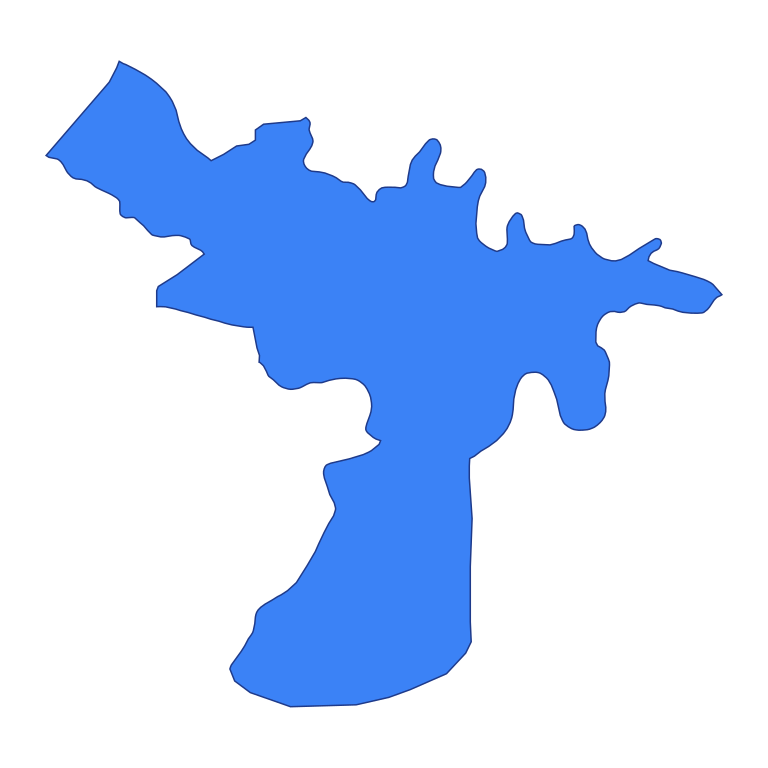 Fond Assau/Babonneau, Dauphin, Saint Lucia
{"feature_id": "8701671B78261941759356", "entity_name": "Fond Assau/Babonneau", "entity_type": "district", "adm_level": 2, "iso_a3": "LCA", "parent_name": "Saint Lucia", "parent_adm1": "Dauphin", "projection": "albers", "projection_center": [-60.936, 13.995], "detail": "fine", "context": "isolated", "style": "filled", "palette": "blue", "viewbox_px": 768, "rotation_deg": 0, "n_neighbors": 0, "source": "geoboundaries", "source_scale": "gbopen_adm2", "svg_char_len": 6104}
<svg xmlns="http://www.w3.org/2000/svg" viewBox="0 0 768 768"><path d="M305.9,117.5L300.3,120.8L263.6,124.2L255.4,130.0L255.4,140.1L248.9,144.3L236.6,146.0L223.6,154.4L211.1,160.7L208.0,158.0L197.2,150.3L190.4,143.7L186.5,138.7L183.7,133.9L181.3,128.8L178.8,121.5L176.1,110.2L172.3,101.4L169.5,96.8L166.0,92.0L156.5,83.2L151.4,79.2L145.4,75.1L135.4,69.4L125.9,64.6L123.2,63.6L119.2,61.3L116.7,67.8L109.3,82.1L46.1,155.5L48.9,157.3L56.9,158.9L58.1,159.4L59.2,160.2L60.8,161.6L63.1,164.6L66.4,170.8L67.6,172.7L71.0,176.3L73.0,177.8L76.0,178.9L81.8,179.4L87.0,180.8L90.9,183.0L95.0,186.6L96.8,187.7L101.7,190.1L108.8,193.3L111.9,194.9L116.6,197.8L118.4,199.5L119.7,201.4L119.9,204.2L119.8,210.9L120.2,213.9L120.7,214.8L122.5,216.4L125.2,217.7L126.3,217.8L132.0,217.4L134.0,217.5L134.7,217.8L140.1,222.7L143.6,225.7L147.7,230.5L151.6,234.5L152.6,235.1L154.5,235.6L160.7,236.9L164.4,236.9L172.3,235.6L175.7,235.4L179.0,235.4L180.8,235.7L185.4,237.1L189.6,239.0L190.2,239.9L190.9,243.9L191.9,245.5L194.3,247.2L200.6,250.2L202.5,251.7L204.2,254.1L177.1,274.7L158.3,286.5L156.7,290.7L156.7,306.7L160.1,306.6L165.5,306.8L175.8,309.1L180.6,310.6L188.2,312.5L195.9,314.9L204.9,317.3L210.8,319.2L218.9,321.2L224.8,323.1L231.9,324.9L243.6,326.8L247.3,327.2L253.0,327.3L257.0,347.9L259.5,355.5L259.1,362.2L259.8,362.4L261.5,363.9L263.5,365.8L266.5,371.5L268.0,375.1L268.9,376.4L273.4,379.8L278.9,385.1L281.6,386.8L283.4,387.6L288.2,389.0L290.8,389.3L292.9,389.2L298.3,388.3L299.9,387.8L302.3,386.7L306.7,384.3L310.3,382.8L313.6,382.5L320.1,382.7L322.0,382.6L329.3,380.3L335.9,378.9L340.3,378.4L345.5,378.2L352.7,378.8L355.7,379.4L357.7,380.2L359.8,381.4L363.4,384.2L365.1,386.0L367.0,388.9L369.4,393.7L370.6,397.3L371.5,402.9L371.7,406.5L371.0,411.6L369.9,415.3L366.9,423.5L365.9,427.3L365.8,429.3L366.2,430.7L367.5,432.6L373.2,437.4L376.1,439.1L380.6,440.6L379.1,444.4L371.3,450.7L368.6,452.2L363.0,454.7L349.1,458.9L330.7,463.2L327.3,464.6L326.3,465.2L325.1,466.7L324.2,468.8L323.6,471.4L323.6,473.9L324.4,478.1L327.3,486.5L329.8,494.6L334.2,502.7L335.6,508.1L335.5,509.8L335.0,511.5L333.6,515.8L328.8,523.5L324.1,532.5L318.6,544.1L315.3,551.6L307.3,565.3L296.4,582.6L287.5,590.7L281.2,594.8L277.5,596.7L271.9,600.2L265.1,604.1L260.7,607.3L258.1,610.0L256.7,612.3L255.9,614.6L255.4,617.0L254.8,623.6L253.3,630.8L252.6,632.7L250.9,635.4L248.4,638.8L244.8,645.7L241.2,651.4L231.4,664.9L230.6,666.7L229.9,669.0L234.7,681.0L250.3,692.6L290.5,706.7L356.2,704.8L389.0,697.3L410.0,689.7L446.5,673.7L465.7,653.1L471.2,641.8L470.3,622.0L470.3,566.5L472.1,518.6L469.3,478.1L469.3,465.9L469.7,458.5L474.5,456.1L480.9,451.1L488.9,446.3L496.6,440.6L503.4,433.6L507.1,428.5L510.2,422.3L511.7,417.9L512.4,414.7L513.1,409.7L513.8,399.0L515.7,389.8L518.0,383.5L520.4,379.0L522.0,376.9L524.7,374.4L526.9,373.2L531.5,372.4L535.9,372.2L538.4,372.6L540.2,373.2L542.7,374.7L546.4,377.8L548.2,379.8L551.3,385.0L554.0,391.8L556.7,399.3L560.3,415.5L562.4,420.3L563.6,422.6L564.7,424.0L568.2,426.7L571.5,428.6L573.9,429.5L576.3,429.9L578.8,430.2L582.9,430.1L587.2,429.7L589.5,429.2L592.6,428.0L594.5,427.1L597.2,425.2L600.1,422.6L602.1,420.3L604.1,417.2L604.8,415.6L605.7,411.7L605.8,407.4L605.0,401.4L604.8,393.7L605.4,389.7L607.9,380.5L608.8,375.8L609.5,365.0L609.4,362.0L608.3,358.8L605.4,352.0L604.3,350.1L601.4,347.9L597.7,345.8L595.8,342.1L596.0,331.8L596.6,327.8L597.7,324.2L599.1,321.4L601.1,318.1L602.7,316.2L604.5,314.6L606.4,313.4L607.9,312.5L610.2,311.6L614.5,311.4L617.8,312.2L620.2,312.4L624.3,311.7L626.0,310.7L629.1,307.5L631.2,306.0L635.3,304.0L639.0,302.9L641.0,303.1L646.9,304.4L654.4,305.0L659.1,305.7L661.7,306.4L665.1,307.8L672.6,309.0L678.1,311.1L682.8,312.3L691.0,313.1L697.4,313.2L702.0,312.9L703.7,312.4L707.4,309.5L709.5,307.0L714.0,300.2L715.8,298.3L717.2,297.1L720.5,295.6L721.9,294.7L713.0,284.5L710.7,282.8L707.3,281.0L703.9,279.5L695.2,276.7L682.2,272.9L677.2,271.6L669.7,270.2L653.7,263.5L648.1,260.6L649.0,256.7L651.1,253.3L653.7,251.3L656.9,249.9L658.6,248.8L659.5,247.7L660.1,246.6L661.3,243.6L661.4,243.0L661.1,241.8L660.7,240.5L659.9,239.5L658.1,238.8L656.8,238.6L655.5,238.7L653.7,239.7L639.1,248.5L629.4,255.1L621.3,259.5L615.7,260.9L611.6,260.8L604.7,259.1L602.5,258.1L597.1,254.3L595.3,252.5L591.6,247.8L589.5,244.1L587.9,239.4L586.7,233.2L585.0,229.1L582.4,226.3L580.8,225.3L578.9,224.6L577.7,224.6L575.8,225.1L574.7,225.6L574.1,226.4L574.3,231.0L574.1,234.4L573.2,236.7L572.2,238.1L570.6,239.0L565.4,240.0L561.4,241.1L555.5,243.4L550.0,244.9L537.8,244.3L535.1,243.9L532.5,242.9L530.9,242.0L529.6,240.3L525.7,232.1L524.5,228.1L523.5,220.1L522.1,216.2L521.4,214.9L521.0,214.5L518.7,213.3L517.4,212.9L516.1,213.2L515.2,213.8L512.8,216.3L509.2,221.7L507.5,225.6L507.1,227.2L506.9,229.6L507.4,239.2L507.3,242.9L507.1,244.3L505.5,247.0L504.6,247.9L502.6,249.4L497.0,251.4L495.2,250.9L488.7,248.0L485.7,246.1L481.1,242.5L479.4,240.8L477.6,238.1L476.7,233.2L475.9,223.6L477.3,206.9L478.3,200.9L479.8,196.0L484.7,186.6L485.7,182.7L485.8,177.3L484.7,172.6L483.8,171.1L481.4,169.3L478.9,169.0L477.8,169.2L476.6,169.7L474.3,172.2L472.0,175.6L466.9,181.9L465.2,183.7L460.6,187.4L458.2,187.4L447.0,186.2L440.2,184.6L436.3,182.8L434.8,180.9L433.6,178.6L433.4,175.0L433.6,171.6L435.0,166.0L437.8,160.1L440.5,153.1L440.8,151.2L440.9,148.0L440.3,145.0L438.9,142.3L437.0,139.9L436.5,139.6L434.7,139.0L432.7,138.9L430.6,139.4L429.5,139.8L428.5,140.7L425.5,143.8L419.6,151.9L415.3,156.1L412.2,160.1L410.4,164.5L408.2,176.3L407.4,182.3L406.2,184.8L405.5,185.8L403.5,187.0L400.7,187.9L395.1,187.3L388.3,187.2L385.0,187.3L381.8,187.9L379.3,189.5L377.0,192.2L376.2,194.6L375.7,199.7L375.0,200.7L374.2,201.5L373.1,201.8L371.4,201.6L369.7,200.6L367.2,198.5L360.4,189.9L355.2,184.9L353.7,183.9L351.2,183.0L348.3,182.3L343.4,182.2L342.8,182.0L341.0,181.2L336.3,177.8L332.6,175.9L324.9,173.0L319.3,171.9L311.5,171.2L309.0,170.1L306.8,168.4L305.8,167.2L304.8,165.7L303.9,163.8L303.4,161.1L303.7,159.2L306.3,154.0L309.7,149.3L311.8,145.7L312.8,142.5L313.0,141.1L312.6,138.7L310.0,132.8L309.1,129.8L309.2,128.5L310.1,124.2L310.0,122.5L309.3,121.0L308.7,120.1L305.9,117.5Z" fill="#3b82f6" stroke="#1e3a8a" stroke-width="1.5"/></svg>